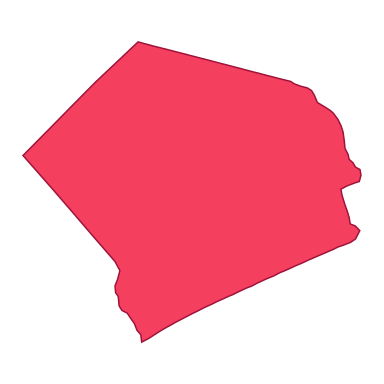 outline of Carapebus, Rio de Janeiro, Brazil
{"feature_id": "56859067B72650257323744", "entity_name": "Carapebus", "entity_type": "district", "adm_level": 2, "iso_a3": "BRA", "parent_name": "Brazil", "parent_adm1": "Rio de Janeiro", "projection": "mercator", "projection_center": [-41.619, -22.204], "detail": "fine", "context": "isolated", "style": "filled", "palette": "rose", "viewbox_px": 384, "rotation_deg": 0, "n_neighbors": 0, "source": "geoboundaries", "source_scale": "gbopen_adm2", "svg_char_len": 1368}
<svg xmlns="http://www.w3.org/2000/svg" viewBox="0 0 384 384"><path d="M355.6,238.9L359.8,230.6L355.2,225.9L350.2,223.9L349.2,217.7L347.3,211.4L344.8,204.3L342.0,195.1L340.9,189.2L346.8,186.0L354.3,183.1L359.3,181.5L361.0,175.2L360.0,169.6L355.5,167.1L353.0,162.8L349.2,159.4L348.0,154.3L345.0,148.4L344.3,141.0L343.1,132.2L341.1,125.9L338.0,119.5L333.3,113.2L330.2,110.4L324.9,107.0L317.4,102.5L314.4,95.3L311.5,90.5L307.3,87.9L301.0,86.3L294.4,83.9L290.6,81.4L286.5,80.4L278.8,78.5L263.8,74.6L251.0,71.3L215.4,62.0L190.0,55.4L171.1,50.5L157.2,47.0L152.0,45.7L138.1,41.9L95.4,82.2L74.0,103.8L50.1,128.1L23.0,155.5L53.5,190.2L75.4,215.6L93.2,236.4L115.0,261.5L119.9,270.6L117.6,279.3L115.0,285.9L115.6,292.6L118.2,296.5L118.7,301.2L119.1,305.9L121.9,310.4L127.2,313.1L130.1,317.5L134.4,323.6L137.0,330.3L140.8,334.7L141.7,342.1L148.8,338.4L153.4,335.4L157.9,332.5L162.4,329.7L166.6,327.3L171.1,324.9L175.0,322.6L180.0,320.0L185.4,317.2L192.5,313.5L198.5,310.6L204.2,307.6L211.4,304.4L216.9,301.6L222.4,299.2L227.9,296.6L233.1,294.5L237.0,292.5L241.5,290.4L246.8,287.9L251.5,286.2L256.5,283.5L262.3,280.8L267.3,278.5L273.6,276.0L279.4,272.9L285.3,270.5L290.0,268.4L295.3,265.9L303.1,262.6L308.8,259.9L312.8,258.2L318.8,255.6L324.0,253.4L328.8,251.3L333.5,249.3L338.0,247.0L343.8,245.0L350.7,242.3L355.6,238.9Z" fill="#f43f5e" stroke="#9f1239" stroke-width="1.5"/></svg>